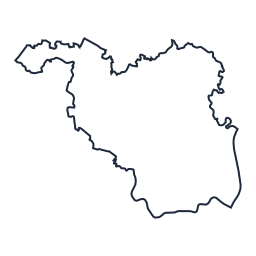 outline of Can Giuoc, Long An, Vietnam
{"feature_id": "81297802B44556348511886", "entity_name": "Can Giuoc", "entity_type": "district", "adm_level": 2, "iso_a3": "VNM", "parent_name": "Vietnam", "parent_adm1": "Long An", "projection": "orthographic", "projection_center": [106.662, 10.577], "detail": "fine", "context": "isolated", "style": "outline", "palette": "slate", "viewbox_px": 256, "rotation_deg": 0, "n_neighbors": 0, "source": "geoboundaries", "source_scale": "gbopen_adm2", "svg_char_len": 5646}
<svg xmlns="http://www.w3.org/2000/svg" viewBox="0 0 256 256"><path d="M30.8,72.5L33.6,73.1L35.7,73.1L38.3,72.3L41.8,71.9L42.1,71.3L41.5,69.3L41.4,67.6L43.9,65.1L44.4,63.1L47.0,60.0L48.0,59.8L48.5,60.1L50.3,61.6L50.9,61.6L50.6,59.6L53.1,59.1L54.5,58.6L56.0,57.8L56.6,57.8L58.6,58.4L61.0,59.5L62.9,60.6L65.1,62.3L66.3,62.8L67.7,63.0L72.6,61.8L73.3,61.8L73.7,62.2L73.9,63.2L72.4,66.0L72.8,66.7L73.3,66.7L73.1,67.7L71.6,69.9L71.4,70.5L71.6,71.2L73.0,74.3L72.9,76.1L71.9,77.4L71.5,78.3L70.6,81.7L68.9,82.1L67.9,84.9L66.6,90.3L66.7,90.7L68.3,91.9L72.0,94.3L73.0,95.2L73.8,97.3L74.0,98.6L73.1,103.7L73.3,104.3L74.4,105.4L74.4,106.7L74.2,107.6L69.5,107.2L68.5,107.3L67.7,107.7L67.3,110.0L68.1,113.7L68.4,116.0L69.1,116.6L70.2,116.9L70.9,116.9L72.3,116.2L73.0,116.2L73.7,116.6L74.0,117.5L74.5,122.8L75.0,125.0L75.2,128.6L77.7,130.4L78.3,130.6L78.8,130.1L78.9,129.1L78.6,128.6L78.9,127.9L79.3,127.8L80.3,128.1L81.6,128.9L90.1,136.0L90.2,138.0L89.5,139.7L89.9,140.1L91.0,140.4L91.6,141.0L93.3,143.4L93.5,145.5L93.1,148.2L97.6,149.6L98.9,149.0L107.6,151.3L109.1,151.3L115.2,155.8L116.0,156.6L115.6,158.0L113.7,160.1L113.5,160.5L114.1,160.7L115.7,160.2L115.4,161.1L114.1,162.8L114.0,163.4L114.9,163.7L115.7,163.5L116.3,163.7L116.5,164.3L116.0,165.9L116.2,166.3L116.7,166.5L118.6,166.0L119.3,166.1L119.9,166.4L121.4,168.2L124.8,168.5L125.2,168.8L126.2,170.5L126.5,170.6L127.1,170.3L128.5,169.0L130.3,168.9L133.3,169.5L133.6,169.9L134.1,174.3L135.5,178.1L135.8,181.3L135.3,184.7L132.0,191.4L131.5,193.2L131.7,195.3L132.3,196.7L134.3,199.6L135.0,200.3L135.8,200.6L137.0,200.7L140.5,199.3L142.2,199.0L143.6,199.1L145.1,199.9L146.7,202.8L147.9,208.6L152.5,215.5L153.8,217.0L155.5,217.6L158.9,217.2L160.2,216.6L162.1,215.2L163.7,213.6L165.5,212.8L174.3,212.5L175.7,212.1L177.2,211.4L178.8,211.1L188.9,211.1L191.6,211.4L193.7,212.2L195.1,212.3L195.9,212.0L196.6,211.3L197.1,210.5L198.2,205.6L198.6,204.9L199.6,204.3L200.5,204.1L205.6,204.6L206.4,204.4L207.6,203.8L209.0,202.4L210.7,199.2L211.4,198.4L213.7,197.3L214.9,197.4L216.3,197.9L220.3,201.3L223.8,203.9L230.9,207.6L233.6,202.1L237.5,196.3L238.8,193.8L240.1,190.0L240.5,187.8L240.6,184.9L238.5,170.6L234.0,148.9L233.5,142.8L233.7,139.4L234.2,136.8L236.4,131.3L237.6,129.1L234.8,126.9L232.8,126.0L231.6,126.0L229.3,126.7L227.9,128.2L227.1,128.2L226.6,127.9L226.0,127.0L226.0,126.4L226.6,125.9L227.8,125.3L228.8,124.3L230.0,123.7L230.7,122.6L230.9,121.9L230.8,120.7L230.1,119.3L229.1,118.4L228.0,117.9L227.0,117.8L226.3,118.2L225.7,119.2L225.7,122.4L224.3,123.6L223.5,124.7L221.6,125.3L220.5,125.3L219.1,124.9L216.9,120.5L216.9,119.8L217.3,119.2L217.3,118.8L216.0,119.2L215.2,119.0L214.7,118.5L214.1,117.0L213.2,115.8L213.2,114.8L213.6,113.2L213.5,110.5L213.3,110.1L210.1,107.3L210.0,105.8L211.2,104.2L211.6,103.1L211.5,102.6L210.1,101.0L209.1,99.6L208.7,98.3L208.5,96.3L208.7,95.9L209.2,95.6L211.3,95.4L211.8,95.2L212.2,94.5L212.2,93.5L212.8,91.3L213.6,89.9L213.9,89.6L215.4,90.3L216.7,90.3L217.6,91.8L218.7,92.9L219.4,92.4L220.6,92.9L221.9,93.0L223.6,91.8L222.3,89.4L221.2,89.0L219.9,89.7L219.6,89.5L219.0,88.4L217.8,84.9L218.2,84.2L219.2,84.9L219.7,84.5L220.5,83.0L220.4,80.5L222.5,77.6L222.4,77.1L222.0,76.6L219.4,76.3L218.7,75.8L218.7,75.1L219.5,71.5L220.3,71.0L222.1,72.1L222.6,72.1L224.0,70.9L223.3,68.9L221.8,66.3L221.8,66.0L222.2,66.0L221.3,63.7L220.3,62.5L216.3,60.8L215.8,60.4L215.2,58.9L214.7,58.2L213.2,57.1L213.0,56.5L213.1,53.7L212.8,52.7L212.3,52.1L211.3,51.8L209.6,52.4L208.2,52.2L204.9,49.6L201.3,47.2L200.0,46.9L197.4,47.6L195.8,47.4L193.1,46.1L191.9,43.9L190.1,44.3L188.5,43.1L187.9,43.2L184.7,45.8L184.3,47.0L183.8,47.6L181.9,48.0L178.5,49.0L177.8,49.0L177.3,48.6L177.2,48.4L177.4,47.2L177.2,45.9L175.3,43.7L174.3,41.5L173.7,40.7L172.0,40.2L172.4,44.0L172.3,44.8L171.6,46.4L168.0,49.2L166.9,50.4L166.1,51.9L165.3,52.5L163.3,53.1L160.7,53.2L159.6,53.6L159.1,54.2L158.7,56.1L156.9,56.9L155.4,58.9L154.8,59.3L152.9,59.4L151.4,57.9L151.4,59.7L151.0,60.3L150.7,60.3L150.7,59.1L150.4,59.0L149.7,59.8L149.4,59.2L148.7,59.0L147.9,58.4L147.6,58.5L147.6,59.0L147.2,59.3L146.7,59.2L146.2,58.5L145.7,58.7L145.1,58.4L144.4,58.7L144.1,58.2L144.3,57.4L144.7,57.1L145.0,56.4L142.1,54.9L140.8,54.6L140.5,54.7L140.2,55.0L140.1,56.0L140.8,58.4L140.3,60.2L140.1,60.3L137.8,59.3L137.1,60.0L136.7,60.8L135.8,61.8L135.8,62.5L136.9,63.5L136.8,64.7L137.2,65.8L137.0,66.3L136.0,66.4L134.7,66.0L132.0,65.7L130.3,64.4L129.4,64.4L128.9,64.8L128.7,65.7L126.7,70.0L124.8,71.9L121.4,72.2L121.0,72.8L120.2,73.4L119.3,73.8L117.8,73.7L117.3,73.9L116.9,74.7L115.6,72.8L114.7,71.8L114.0,71.5L112.9,71.6L111.4,73.6L111.1,72.3L111.2,71.1L112.2,69.6L111.4,67.3L111.5,66.1L111.3,62.8L112.9,62.2L112.0,60.1L112.3,59.7L111.9,59.3L111.3,59.2L111.3,58.1L110.9,56.6L110.3,56.4L109.7,56.5L108.6,57.9L107.3,58.3L106.5,59.0L104.0,58.5L102.1,57.3L102.8,54.3L104.0,54.2L105.3,53.3L105.4,52.9L105.0,51.5L105.5,51.1L106.0,50.3L100.6,48.1L98.0,45.9L84.4,38.4L83.4,39.8L83.1,41.0L82.4,42.2L81.8,43.9L80.8,45.1L80.7,46.2L80.3,46.5L79.3,46.7L79.3,47.0L78.9,46.6L78.5,45.3L77.6,44.6L74.5,43.5L73.6,43.4L73.9,46.6L69.7,47.3L69.5,46.3L68.9,46.3L68.4,43.9L65.2,44.4L63.7,44.3L61.2,43.6L60.7,42.9L60.6,41.7L58.5,41.7L57.2,41.4L56.8,41.5L55.5,43.0L55.2,43.8L55.3,45.5L56.4,45.7L56.2,47.3L55.5,48.3L54.0,48.8L53.6,48.4L51.9,48.2L51.6,47.7L50.5,47.9L49.9,47.7L49.6,45.2L50.1,43.1L45.7,40.4L44.2,40.7L42.3,40.4L41.9,42.9L41.4,43.7L40.6,44.2L38.4,43.9L36.6,45.7L34.4,45.6L34.1,46.3L34.4,47.7L34.2,48.1L32.7,48.0L31.6,46.8L30.9,46.6L30.5,46.2L30.3,45.3L26.9,45.3L26.3,46.5L19.0,56.3L15.4,60.4L17.3,62.3L20.6,62.8L21.8,63.7L22.9,65.7L23.4,66.1L25.0,66.6L25.4,67.3L25.8,69.7L27.3,71.1L29.4,70.7L30.8,72.5Z" fill="none" stroke="#1e293b" stroke-width="2"/></svg>